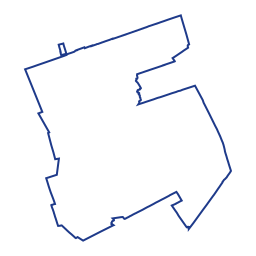 the district of Colceag, Prahova, Romania
{"feature_id": "2599482B36947039095978", "entity_name": "Colceag", "entity_type": "district", "adm_level": 2, "iso_a3": "ROU", "parent_name": "Romania", "parent_adm1": "Prahova", "projection": "robinson", "projection_center": [26.382, 44.938], "detail": "fine", "context": "isolated", "style": "outline", "palette": "blue", "viewbox_px": 256, "rotation_deg": 0, "n_neighbors": 0, "source": "geoboundaries", "source_scale": "gbopen_adm2", "svg_char_len": 5402}
<svg xmlns="http://www.w3.org/2000/svg" viewBox="0 0 256 256"><path d="M83.1,240.6L100.5,231.7L106.3,228.8L110.5,226.7L111.7,226.1L113.1,225.4L113.6,225.2L113.1,224.8L112.7,224.6L112.4,224.5L111.7,224.4L111.5,224.2L111.4,224.1L111.5,223.9L111.7,223.7L111.8,223.6L111.6,223.3L111.5,223.1L111.4,223.0L111.4,222.8L111.6,222.5L111.9,222.1L112.0,221.6L112.2,221.3L112.4,221.1L112.7,221.0L112.8,220.9L113.5,220.7L113.9,220.4L114.0,220.2L113.9,219.8L113.8,219.6L113.6,219.4L113.2,218.9L112.7,218.4L121.4,217.1L121.8,217.1L122.6,217.0L122.9,217.1L123.1,217.3L123.3,217.6L123.7,218.1L124.2,218.7L124.3,218.8L124.5,218.9L124.8,218.9L125.6,218.5L126.2,218.2L126.5,218.1L126.9,217.8L127.5,217.5L128.0,217.3L128.7,216.9L129.3,216.6L130.2,216.0L130.8,215.8L131.0,215.7L131.9,215.2L133.1,214.5L134.3,213.9L134.6,213.7L134.8,213.6L135.4,213.4L137.1,212.5L138.9,211.6L140.9,210.6L142.5,209.8L145.0,208.4L147.6,207.0L149.3,206.2L152.3,204.6L153.8,203.8L155.7,202.7L157.1,202.0L158.7,201.2L161.9,199.5L163.9,198.5L165.8,197.5L167.3,196.7L169.2,195.7L169.7,195.3L176.4,191.9L178.0,194.2L181.7,200.6L179.7,201.6L178.1,202.5L176.3,203.4L176.1,203.5L175.9,203.6L175.8,203.8L175.5,203.9L175.3,204.0L173.3,204.9L172.7,205.1L171.8,205.5L175.0,210.2L176.8,212.7L177.7,214.2L178.3,215.3L179.3,216.8L179.8,217.5L186.2,226.6L186.8,227.3L187.1,227.4L187.4,227.1L187.5,226.9L187.9,226.8L188.0,227.0L188.4,227.0L188.6,227.0L188.5,227.3L188.6,227.6L188.7,228.3L188.8,228.5L188.8,228.8L188.8,229.0L193.4,223.0L202.1,211.0L202.9,209.9L206.7,204.8L207.7,203.4L208.1,202.8L209.0,201.6L209.7,200.6L213.1,195.9L213.9,194.9L215.9,192.0L218.0,188.9L218.9,187.6L219.5,186.8L220.7,185.0L222.5,182.4L222.5,182.1L222.6,181.9L222.6,181.7L223.0,181.3L224.0,179.9L224.2,179.7L224.6,179.4L225.3,178.8L225.6,178.5L225.7,178.3L226.0,178.0L226.4,177.7L226.6,177.4L226.8,177.2L226.9,176.9L227.1,176.6L227.5,176.0L228.4,174.7L229.6,173.1L230.0,172.4L230.4,171.9L230.6,171.5L230.8,171.3L230.9,170.8L230.9,170.6L230.8,170.4L228.8,164.1L228.1,161.7L227.3,159.3L226.4,156.1L225.5,153.3L224.9,151.2L224.8,150.3L224.6,149.3L224.1,147.2L223.4,144.5L223.2,144.0L222.8,142.7L222.0,140.9L220.2,136.4L219.1,134.0L217.9,131.4L217.0,129.3L215.2,125.9L208.9,113.1L204.9,105.2L203.6,102.7L203.2,101.4L202.7,100.0L195.0,85.7L189.2,87.6L186.4,88.5L182.4,89.8L180.3,90.7L178.7,91.0L177.7,91.3L176.0,92.0L172.0,93.2L169.1,94.2L162.6,96.4L161.1,96.9L159.5,97.4L158.6,97.6L157.0,98.1L155.1,98.8L153.2,99.5L152.8,99.6L150.4,100.4L146.4,101.7L143.5,102.7L141.0,103.5L139.4,104.0L138.3,104.4L138.7,103.8L139.0,103.2L139.2,102.8L139.3,102.4L139.3,102.0L139.2,101.7L139.1,101.4L139.3,101.1L139.9,100.8L140.3,100.5L140.7,100.3L140.8,100.1L140.9,99.9L140.8,99.7L140.7,99.4L140.5,98.8L140.4,98.6L140.4,98.3L140.3,98.0L140.3,97.6L140.1,97.4L139.9,97.2L139.8,96.8L139.8,96.5L139.8,96.1L139.9,95.8L139.8,95.5L139.7,95.2L139.5,94.9L139.2,94.8L139.0,94.7L138.9,94.5L138.8,94.4L138.9,94.2L139.0,94.0L139.2,93.8L139.2,93.6L139.2,93.3L139.2,93.1L138.9,92.8L138.7,92.7L138.2,92.7L137.8,92.6L137.7,92.6L137.5,92.4L137.4,92.1L137.3,91.9L137.1,91.6L137.1,91.4L137.3,91.3L137.5,91.2L137.8,90.9L137.8,90.7L137.7,90.5L137.7,90.3L137.7,90.2L137.8,90.1L138.1,89.9L138.4,89.8L139.0,89.7L139.4,89.7L139.7,89.6L139.8,89.5L140.0,89.3L140.0,89.0L140.0,88.7L140.4,88.5L140.7,88.5L140.8,88.4L140.9,88.2L140.8,87.9L140.5,87.4L140.2,86.9L139.6,85.8L138.0,83.2L137.7,82.8L137.5,82.5L137.2,82.3L136.9,82.0L136.5,81.6L135.9,80.9L135.9,80.7L136.0,80.6L136.1,80.4L136.3,80.2L136.3,79.5L136.3,79.2L136.3,78.8L137.0,78.8L137.2,78.7L137.3,78.5L137.2,78.2L137.4,77.9L137.5,77.7L137.5,77.4L137.4,77.0L137.0,75.5L137.0,75.0L137.3,74.6L137.2,74.2L140.4,73.1L149.8,69.9L157.3,67.4L163.8,65.2L163.7,65.1L164.6,64.8L174.7,61.4L174.8,61.3L172.6,58.1L174.8,56.7L176.6,55.5L182.5,51.5L183.4,50.8L188.1,47.7L187.9,47.0L187.7,45.9L187.7,45.6L187.9,45.1L188.4,44.8L188.6,44.7L189.1,44.4L188.6,42.5L186.4,34.5L182.8,22.4L181.6,18.3L180.9,15.8L180.8,15.4L175.0,17.3L168.2,19.6L166.5,20.2L163.4,21.3L160.4,22.3L159.1,22.8L149.5,26.0L148.5,26.3L147.7,26.7L146.9,27.0L127.0,34.0L112.8,38.9L112.7,38.6L111.9,38.9L111.2,39.2L109.7,39.8L109.2,40.0L108.8,40.1L105.0,41.4L104.0,41.8L103.5,41.9L102.6,42.3L101.8,42.5L100.9,42.9L100.0,43.2L99.4,43.4L98.2,43.9L96.9,44.1L96.5,44.3L96.4,44.4L91.8,46.0L91.9,45.6L88.9,46.6L87.9,47.0L84.8,48.2L84.4,47.3L77.5,49.8L76.7,50.1L76.8,50.3L76.2,50.5L75.7,50.6L75.4,50.7L75.2,50.9L74.6,51.5L74.1,51.8L70.7,53.0L68.5,53.7L68.3,53.8L67.6,54.1L66.6,54.5L65.9,52.2L65.3,50.2L63.8,45.5L63.3,43.5L61.8,43.9L58.7,44.7L59.5,47.8L60.0,49.4L60.4,50.9L60.6,51.9L60.4,51.9L60.7,53.4L61.2,55.1L64.7,54.2L66.1,53.9L66.4,55.0L65.0,55.5L64.0,55.9L52.8,59.8L43.9,62.9L37.5,65.1L33.0,66.7L25.1,69.3L30.8,83.4L42.3,111.9L38.4,113.4L49.2,132.4L48.1,133.0L51.3,145.3L53.4,152.3L55.2,159.2L58.9,158.6L56.8,174.8L46.2,178.2L47.4,182.0L48.7,186.3L50.7,192.3L53.2,198.8L54.1,201.3L54.3,201.9L54.5,202.4L54.6,202.9L54.8,203.3L55.0,204.0L54.4,204.1L53.6,204.3L52.4,204.8L52.2,204.8L51.9,204.8L51.7,204.9L51.3,205.1L52.0,207.4L52.9,209.7L53.6,211.8L53.8,212.3L53.9,212.8L54.0,213.3L54.2,213.8L54.5,214.7L55.0,216.5L55.7,218.5L56.4,220.7L57.3,223.6L57.4,223.9L58.1,225.9L59.3,225.8L59.7,225.8L60.0,225.8L60.8,225.5L61.7,225.4L64.2,227.7L64.9,228.4L65.8,229.2L66.8,230.2L69.3,232.5L71.1,234.0L71.7,234.5L73.7,236.3L74.8,237.3L75.3,237.8L75.9,238.1L77.6,237.1L77.9,237.3L83.1,240.6Z" fill="none" stroke="#1e3a8a" stroke-width="2"/></svg>